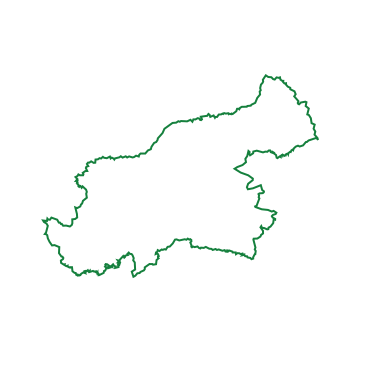 outline of Hot, Chiang Mai, Thailand, rotated 319°
{"feature_id": "78962969B71895248722422", "entity_name": "Hot", "entity_type": "district", "adm_level": 2, "iso_a3": "THA", "parent_name": "Thailand", "parent_adm1": "Chiang Mai", "projection": "albers", "projection_center": [98.473, 18.094], "detail": "fine", "context": "isolated", "style": "outline", "palette": "green", "viewbox_px": 384, "rotation_deg": 319, "n_neighbors": 0, "source": "geoboundaries", "source_scale": "gbopen_adm2", "svg_char_len": 6036}
<svg xmlns="http://www.w3.org/2000/svg" viewBox="0 0 384 384"><g transform="rotate(319 192 192)"><path d="M324.2,152.4L319.1,153.8L318.2,155.3L316.9,155.9L314.5,156.2L311.6,158.3L310.6,160.3L309.0,160.6L307.3,163.1L303.0,163.8L298.2,166.2L294.1,165.1L293.0,165.4L290.2,163.4L289.3,163.6L285.5,160.4L283.5,160.0L281.9,160.6L281.7,159.6L280.6,158.8L278.4,160.1L273.8,159.8L273.3,158.8L272.6,159.0L271.6,157.5L270.8,157.4L271.0,156.3L269.0,155.1L268.0,153.5L266.7,153.6L266.4,152.8L265.0,152.6L263.0,151.1L260.2,151.8L258.9,150.7L258.0,151.0L258.5,148.4L255.1,147.3L255.9,145.3L255.6,143.9L253.5,144.5L248.1,141.0L247.2,143.7L246.0,143.7L245.4,142.8L245.7,141.3L244.7,140.0L242.2,139.5L240.7,138.1L238.4,139.2L238.2,136.5L234.7,135.5L230.2,131.2L228.9,131.0L228.1,129.6L225.6,129.3L222.6,127.1L212.7,126.2L208.4,128.2L201.4,129.1L200.2,130.1L197.8,130.8L195.6,130.1L191.1,131.3L189.0,132.7L186.0,131.7L182.0,132.3L178.4,129.2L176.6,129.3L175.1,130.3L173.6,127.9L171.1,127.6L169.8,126.9L167.9,123.9L165.7,123.4L165.4,121.6L162.2,120.5L161.7,118.3L160.0,118.2L155.9,116.1L154.7,116.5L154.8,115.4L154.0,113.4L152.6,113.3L153.3,111.4L149.9,110.6L148.1,108.5L147.8,107.0L145.4,107.1L144.4,105.8L142.4,105.6L140.5,104.2L138.2,106.4L136.9,105.5L136.0,102.7L133.8,102.5L132.8,101.6L131.1,101.9L130.7,104.4L128.8,103.7L127.6,104.3L126.7,107.4L125.2,106.2L122.1,105.9L121.8,107.3L120.8,107.9L118.4,105.9L117.8,104.2L116.1,104.8L113.9,104.3L114.0,107.0L111.7,107.5L112.9,108.4L111.1,109.6L111.5,110.2L110.8,110.7L111.0,112.0L110.0,113.2L110.2,114.1L111.4,113.8L111.8,114.2L111.5,116.4L113.1,116.0L113.6,120.7L112.7,122.9L111.0,123.9L108.9,127.3L104.0,127.1L101.5,128.6L100.0,128.6L98.2,129.6L94.7,128.8L93.8,127.1L90.8,133.0L88.6,135.9L86.1,135.7L83.7,134.1L81.2,137.1L79.6,138.0L77.2,137.9L75.0,134.8L72.6,132.9L72.8,130.7L72.1,130.2L72.3,128.5L71.4,127.7L72.1,124.5L69.1,119.1L66.6,119.7L65.4,118.5L65.4,117.2L63.5,118.7L60.9,115.8L60.6,117.5L61.5,120.3L61.0,122.9L55.3,126.8L53.4,127.2L54.3,128.3L54.4,129.6L52.8,132.4L51.8,136.1L51.3,140.5L53.4,141.9L55.7,146.5L51.5,150.9L51.1,155.1L51.8,155.8L51.6,157.4L50.6,158.0L48.1,157.7L46.7,159.6L47.5,162.4L48.4,163.0L47.8,163.3L48.5,165.5L49.7,166.0L49.2,166.4L49.6,167.8L50.3,169.0L50.7,168.8L52.1,170.0L49.8,173.4L50.3,176.0L51.1,176.8L50.4,178.5L51.2,179.0L50.7,179.5L50.9,180.1L52.2,180.4L52.1,181.0L53.2,181.5L54.7,181.0L57.1,181.4L58.2,183.2L58.7,181.5L59.4,182.1L59.7,181.6L60.3,182.0L60.4,182.8L62.1,182.7L61.8,184.5L63.2,184.4L62.5,185.3L65.5,186.6L65.9,187.9L66.8,188.3L66.8,189.2L67.7,189.3L67.2,190.9L67.9,190.7L67.1,191.7L67.8,191.9L67.7,192.7L66.9,193.5L67.3,193.8L72.2,195.1L73.9,193.9L74.9,194.4L77.9,193.0L77.4,191.3L78.5,191.1L78.8,190.0L79.6,189.8L80.6,191.0L81.0,192.9L79.8,193.3L78.8,194.5L80.8,195.4L80.8,194.3L81.4,194.3L82.7,195.0L82.8,195.7L83.2,194.9L85.0,194.8L84.7,197.2L85.5,198.0L84.3,198.9L87.2,200.4L88.2,198.8L89.0,199.5L90.0,198.9L89.4,198.8L89.3,198.0L90.7,197.8L89.8,196.7L90.9,196.7L91.1,194.9L92.2,196.6L92.8,195.8L98.1,195.2L97.8,197.1L98.7,197.1L99.7,196.2L102.3,197.5L102.5,196.4L104.5,196.2L104.5,197.9L105.7,199.2L105.6,200.8L104.6,203.7L102.8,205.0L102.6,207.6L98.2,213.2L94.3,212.6L92.2,217.5L94.3,218.0L97.4,217.5L99.3,218.8L100.6,218.5L104.3,219.6L105.8,219.2L106.9,217.9L112.7,218.5L114.9,220.5L114.9,221.3L117.5,222.9L120.6,220.1L123.3,220.1L123.2,219.3L124.1,218.2L124.9,218.5L125.6,216.6L124.9,215.3L123.9,215.0L125.2,214.0L126.5,214.4L128.0,213.4L128.7,215.2L131.4,215.5L132.0,216.5L133.6,217.0L134.5,218.3L137.6,217.4L139.5,218.6L143.8,218.2L147.9,216.8L149.2,217.6L150.6,220.2L155.5,222.9L156.5,224.4L158.2,224.4L158.7,226.2L159.7,226.4L160.0,227.7L159.1,228.9L157.6,229.0L156.7,231.7L155.6,232.8L155.7,233.7L157.0,233.8L157.8,235.3L160.4,236.7L160.6,239.0L161.3,240.1L162.3,239.9L164.2,241.9L166.4,242.5L167.8,246.1L169.4,247.7L169.6,249.3L172.4,250.5L172.8,252.1L174.5,252.9L176.4,256.3L178.5,257.3L178.2,258.9L179.1,259.9L180.2,259.1L180.8,259.8L180.5,260.6L181.8,260.7L183.4,263.5L183.0,264.3L185.3,266.3L184.4,267.8L186.2,268.0L187.6,269.4L187.9,270.8L189.5,271.5L189.0,272.1L189.8,272.8L188.7,272.9L190.3,273.8L190.0,275.3L191.4,276.7L191.0,277.8L192.8,280.1L192.8,281.7L194.5,282.4L195.3,281.4L198.6,280.1L199.0,280.4L201.4,278.3L201.7,276.5L203.4,275.6L207.1,268.2L207.9,267.7L210.8,270.0L214.4,270.5L216.0,269.7L218.4,269.9L220.1,267.9L220.5,263.6L221.9,263.2L221.3,265.0L222.8,266.5L224.2,269.5L225.2,270.1L226.4,269.1L228.5,269.6L232.8,268.8L235.9,266.1L236.6,267.4L237.1,266.9L236.1,264.1L236.4,262.6L238.1,262.4L240.7,263.5L242.1,263.0L241.2,259.8L239.4,259.1L237.6,255.4L233.3,250.8L230.0,244.9L230.2,244.3L231.7,244.8L238.7,241.0L238.8,239.8L240.3,238.7L240.8,237.2L242.0,237.3L244.7,239.3L246.0,239.3L246.7,238.7L246.3,236.5L248.4,232.0L240.4,229.2L236.0,226.6L236.6,224.4L239.8,222.6L245.6,222.9L246.7,221.8L245.4,216.3L241.5,209.3L239.4,202.4L242.6,202.9L247.8,204.8L252.3,204.9L254.0,202.0L257.3,201.1L261.5,198.1L261.7,199.6L260.2,200.9L259.9,202.4L263.5,202.9L264.8,201.7L268.0,203.3L271.6,208.7L273.8,209.6L275.3,211.1L277.1,211.0L278.2,211.9L277.6,213.6L278.4,215.1L279.1,214.5L279.7,216.4L279.2,216.8L279.7,219.2L278.4,221.6L278.7,222.5L281.6,222.7L281.9,223.9L282.9,223.0L284.0,223.0L284.7,223.2L284.5,223.9L285.0,223.6L285.6,225.4L286.6,225.3L286.8,225.8L288.0,225.2L289.5,225.8L289.3,226.6L290.2,225.9L292.3,226.0L292.7,226.6L294.4,225.8L295.8,226.0L295.8,226.8L297.5,225.9L300.1,225.8L302.4,226.6L303.1,228.3L306.4,229.7L310.7,229.0L311.5,229.6L313.8,229.6L320.8,232.5L321.5,233.9L321.2,235.4L322.1,233.6L322.1,229.1L324.7,227.3L325.3,224.0L328.8,221.6L327.4,218.5L330.1,214.3L330.7,210.6L329.9,209.1L334.9,205.6L334.2,201.7L337.3,199.3L336.8,198.2L332.9,195.9L330.4,196.1L330.0,195.4L330.2,194.2L331.9,193.3L331.9,186.9L334.4,186.2L335.4,183.2L333.6,179.0L334.5,177.8L333.4,175.3L333.4,172.6L334.3,171.6L333.0,170.8L332.9,168.8L333.8,168.0L333.0,167.3L332.5,165.2L333.6,163.2L332.4,162.8L331.0,161.0L328.2,161.4L327.3,160.0L327.2,157.5L325.0,155.2L324.2,152.4Z" fill="none" stroke="#15803d" stroke-width="2"/></g></svg>